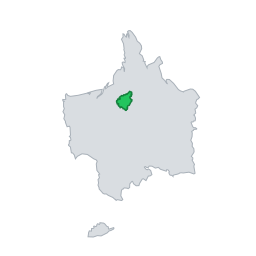 France, with Vienne highlighted, rotated 68°
{"feature_id": "FRA-5354", "entity_name": "Vienne", "entity_type": "Metropolitan department", "adm_level": 1, "iso_a3": "FRA", "parent_name": "France", "parent_adm1": "", "projection": "equal_earth", "projection_center": [0.44, 46.607], "detail": "fine", "context": "in_parent", "style": "filled", "palette": "green", "viewbox_px": 256, "rotation_deg": 68, "n_neighbors": 0, "source": "natural_earth", "source_scale": "10m", "svg_char_len": 5868}
<svg xmlns="http://www.w3.org/2000/svg" viewBox="0 0 256 256"><g transform="rotate(68 128 128)"><path d="M189.8,104.4L188.3,105.1L187.5,106.6L186.5,106.9L184.8,106.9L183.9,106.0L181.9,106.6L181.1,107.6L182.4,108.7L178.4,113.4L175.9,114.6L175.4,117.7L172.4,120.0L171.3,122.5L171.3,122.9L172.1,123.7L171.8,125.3L170.2,126.4L170.3,127.4L170.7,127.5L173.1,126.7L174.0,125.8L173.5,124.5L175.8,122.9L180.2,123.3L180.7,125.4L180.2,127.2L183.5,131.0L180.8,132.8L180.7,134.0L183.6,137.9L185.5,139.5L184.6,142.1L181.7,143.8L179.8,143.7L179.0,144.1L179.2,144.9L180.5,147.3L183.8,148.8L184.3,150.6L183.5,151.3L182.1,154.0L182.8,155.3L182.6,155.9L182.9,156.8L183.8,157.7L188.3,160.1L192.3,159.6L192.9,161.0L190.5,164.6L190.7,166.2L189.5,166.2L189.3,166.8L186.8,168.0L183.0,171.6L181.1,172.7L180.4,174.5L179.4,175.6L173.7,177.6L172.6,177.2L169.7,177.2L168.0,175.9L164.6,175.1L163.4,173.1L160.3,172.8L160.1,171.5L155.7,172.7L149.5,170.9L147.3,169.0L145.5,169.5L143.9,171.2L137.3,175.6L134.7,180.3L135.3,185.6L136.9,188.3L132.8,187.9L130.4,188.7L129.8,189.8L124.0,188.5L121.9,189.6L121.3,189.5L120.5,188.4L117.7,187.1L118.1,186.2L117.7,185.4L115.0,184.8L114.1,185.6L113.1,184.0L105.7,181.5L104.4,181.6L104.0,184.0L99.2,183.9L98.5,183.5L95.4,184.0L92.1,181.7L88.5,182.2L86.2,179.8L84.0,179.7L81.0,178.5L79.6,177.9L79.4,177.2L78.5,178.2L77.4,178.0L77.1,177.7L77.9,176.4L78.0,174.9L74.2,173.8L73.2,172.7L73.2,172.1L75.3,171.6L77.1,169.5L79.0,162.0L80.3,153.2L81.3,151.5L82.5,151.1L81.5,149.8L80.3,151.4L81.1,143.4L82.5,137.4L85.7,139.8L86.4,140.9L87.4,144.5L89.1,146.0L88.0,144.5L86.9,139.8L86.1,138.4L81.1,134.4L81.0,133.5L83.2,134.0L82.3,131.0L81.8,124.8L78.8,124.2L73.9,121.6L70.6,116.8L70.2,115.1L71.2,113.2L70.4,112.0L69.0,111.2L70.1,109.6L71.1,109.5L74.6,110.4L71.8,108.9L67.1,109.4L65.2,108.9L64.9,107.8L66.2,106.3L64.7,105.5L62.0,105.7L61.7,105.3L62.5,104.3L61.8,103.9L59.7,104.3L58.4,104.0L57.3,102.8L53.8,102.5L53.0,101.9L48.2,100.6L43.2,100.8L41.8,98.5L38.8,97.4L39.4,96.6L42.5,96.0L43.1,95.3L40.9,94.4L40.1,93.4L44.3,93.2L42.4,92.2L38.4,92.3L38.0,90.9L38.5,89.5L40.9,88.3L46.7,86.9L50.9,86.9L53.9,85.3L56.8,84.8L59.6,85.6L63.3,89.6L66.3,87.8L70.8,87.9L71.7,88.9L72.9,87.1L73.9,88.1L79.4,87.8L78.1,87.1L77.1,85.4L77.0,79.2L74.2,74.8L73.6,73.1L73.7,71.8L77.0,72.0L79.7,71.4L81.0,71.8L81.3,74.7L82.4,76.3L89.9,76.8L94.2,77.7L97.8,76.1L101.2,75.4L101.5,75.0L99.6,75.2L97.8,74.5L97.5,73.7L98.5,71.5L103.7,69.0L111.2,66.9L113.2,65.5L115.4,63.0L114.9,62.4L115.2,55.6L116.3,53.4L119.1,51.8L126.5,50.2L127.4,52.3L127.4,53.5L129.3,55.4L130.3,56.0L133.5,55.0L135.1,56.8L135.6,58.8L139.5,59.6L140.6,62.2L141.3,61.6L143.8,61.7L144.9,62.0L146.5,63.1L146.1,64.7L146.8,65.5L146.1,66.9L146.6,67.5L151.1,67.5L152.4,66.9L153.0,65.4L154.3,64.5L154.8,64.8L154.0,67.5L154.7,68.2L155.0,70.2L156.7,70.3L160.1,71.9L162.9,74.4L166.3,74.0L169.1,75.4L171.8,74.7L174.5,75.5L175.4,76.2L178.0,79.9L179.9,79.1L181.2,79.6L181.7,80.6L186.7,80.0L187.7,81.0L188.7,81.4L195.1,82.8L195.3,84.1L191.8,88.0L190.4,93.6L189.4,95.5L189.1,97.0L189.4,98.0L189.3,99.5L188.7,103.1L189.1,104.2L189.8,104.4ZM216.6,182.1L216.4,184.5L217.4,186.3L218.0,193.3L216.3,196.7L216.1,200.9L213.9,205.8L210.1,203.6L208.9,202.4L209.9,200.5L207.6,199.5L208.1,197.7L207.8,196.8L206.3,196.7L206.2,196.2L207.3,194.8L207.2,193.9L205.7,192.8L205.4,191.9L206.7,190.8L206.1,189.8L205.3,189.5L207.0,186.3L208.3,185.4L211.2,184.5L212.3,183.3L214.2,183.9L214.6,183.6L215.0,178.6L215.6,178.5L216.3,179.2L216.6,182.1ZM81.4,131.4L80.9,132.8L79.0,130.3L78.8,129.0L81.4,131.4Z" fill="#d9dde1" stroke="#a8b0b8" stroke-width="1"/><path d="M106.0,127.7L105.0,127.6L104.9,127.6L104.7,127.7L104.5,128.0L104.1,128.4L103.5,128.5L102.9,128.4L102.5,128.0L102.4,127.8L102.3,127.7L102.1,127.7L101.9,127.7L101.8,127.8L101.7,128.0L101.6,128.3L101.9,128.5L101.7,128.9L101.5,129.0L101.1,128.8L99.6,128.8L99.4,128.8L98.8,128.4L98.5,128.3L98.5,128.1L98.5,127.9L98.6,127.6L98.5,127.4L98.4,127.3L97.7,127.0L97.5,126.9L97.4,126.8L97.4,126.7L97.4,126.3L97.5,126.1L98.0,125.6L98.2,125.2L98.2,124.9L98.2,124.5L97.9,124.3L97.7,124.3L97.3,124.6L97.1,124.8L96.9,124.9L96.6,124.7L96.4,124.4L96.3,124.2L96.3,123.8L96.3,123.7L96.0,123.5L95.9,123.2L95.9,122.6L95.9,122.3L95.8,122.2L95.7,122.1L95.6,121.9L95.6,121.6L96.0,121.2L96.3,120.4L96.3,120.1L96.2,120.0L95.9,119.9L95.7,119.7L95.7,119.4L95.8,119.1L95.9,118.9L96.1,118.6L96.2,118.2L96.2,117.9L96.0,117.6L95.9,117.5L95.9,117.3L95.8,116.8L95.9,116.6L96.0,116.5L96.3,116.6L96.4,116.4L96.4,116.2L96.1,115.9L95.9,115.6L95.6,114.5L95.6,114.4L95.6,114.2L95.4,114.0L95.2,113.9L95.1,113.7L95.0,113.3L94.7,112.7L94.8,112.6L95.0,112.4L95.3,112.3L95.5,112.1L95.6,111.9L96.0,111.3L96.3,111.3L96.9,111.4L97.0,111.6L97.2,111.8L97.3,111.9L97.5,111.9L97.8,111.8L97.8,112.0L98.1,112.2L98.4,112.2L98.5,112.2L98.5,112.3L98.5,112.6L98.4,112.8L98.5,112.9L98.9,112.9L99.2,112.8L99.3,112.8L99.4,113.0L99.5,113.1L99.8,113.1L99.9,113.3L99.9,113.5L99.8,113.8L99.8,114.1L99.8,114.4L99.9,114.5L100.0,114.7L100.1,114.8L100.4,114.8L100.9,114.8L101.4,114.9L101.6,114.8L101.7,114.7L101.8,114.7L102.1,114.6L103.0,114.6L103.3,114.5L103.3,114.4L103.2,114.2L103.1,113.9L103.3,113.8L104.0,114.2L104.3,114.3L104.5,114.5L104.9,115.4L106.4,117.3L106.9,117.7L107.0,117.8L107.1,118.0L107.4,118.4L107.4,118.6L107.4,118.8L107.4,119.0L107.3,119.5L107.4,120.0L107.5,120.1L107.7,120.3L108.0,120.5L108.3,120.7L108.6,120.7L108.6,120.8L108.7,121.1L108.8,121.2L109.7,121.2L109.8,121.3L110.0,121.3L110.2,121.5L110.3,121.7L110.3,121.8L110.2,122.2L110.2,122.4L110.4,122.5L110.5,122.6L110.9,123.0L110.7,123.6L110.0,123.9L109.8,124.0L109.7,124.0L109.4,124.0L109.2,124.0L108.9,124.3L108.8,124.5L108.7,124.6L108.5,124.8L108.4,125.0L108.3,125.3L108.2,125.3L107.4,125.3L107.1,125.4L106.8,125.7L106.5,126.0L106.4,126.0L106.0,126.1L105.9,126.2L105.9,126.3L106.0,126.5L106.2,126.8L106.2,127.0L106.3,127.6L106.2,127.7L106.0,127.7Z" fill="#22c55e" stroke="#15803d" stroke-width="1.5"/></g></svg>